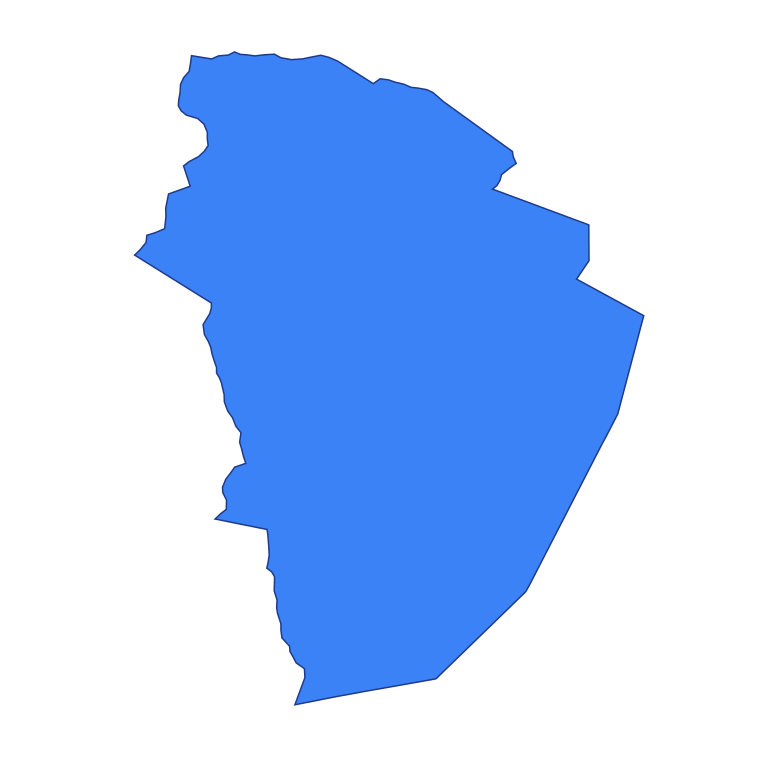 Taperoá, Paraíba, Brazil (Equal Earth projection), rotated 273°
{"feature_id": "56859067B95822508196580", "entity_name": "Taperoá", "entity_type": "district", "adm_level": 2, "iso_a3": "BRA", "parent_name": "Brazil", "parent_adm1": "Paraíba", "projection": "equal_earth", "projection_center": [-36.808, -7.22], "detail": "fine", "context": "isolated", "style": "filled", "palette": "blue", "viewbox_px": 768, "rotation_deg": 273, "n_neighbors": 0, "source": "geoboundaries", "source_scale": "gbopen_adm2", "svg_char_len": 1796}
<svg xmlns="http://www.w3.org/2000/svg" viewBox="0 0 768 768"><g transform="rotate(273 384 384)"><path d="M86.7,320.4L59.0,311.8L68.7,350.1L75.9,380.4L92.3,451.3L184.0,536.4L189.9,539.3L195.5,541.9L315.1,595.7L336.6,605.4L341.9,608.0L366.3,619.0L465.8,639.8L498.8,570.8L517.9,582.3L536.1,581.2L553.6,580.2L584.3,482.1L588.0,486.4L593.7,489.3L599.2,490.4L606.0,498.0L611.2,504.5L617.6,501.2L622.9,500.1L668.9,428.9L673.7,422.7L677.8,417.4L680.2,411.2L681.3,402.4L681.7,395.4L684.5,387.8L686.0,379.3L688.0,372.4L688.6,364.2L683.4,357.6L704.1,320.6L707.3,312.0L709.0,303.7L706.5,293.6L704.4,285.7L703.1,274.7L704.4,264.0L707.6,257.3L706.6,248.0L704.9,237.9L705.5,230.5L705.7,223.3L707.8,217.3L704.4,211.5L703.0,201.6L699.6,194.9L701.8,174.6L693.1,173.9L685.9,173.0L679.5,167.9L672.5,165.1L664.4,165.1L656.6,164.1L651.0,164.1L646.1,167.2L642.1,172.7L639.4,184.0L634.2,190.5L626.2,194.4L619.5,194.7L613.0,195.9L606.9,192.3L601.3,186.8L595.9,177.8L591.3,172.4L571.4,180.1L562.5,158.9L548.1,156.8L539.9,157.5L527.6,156.8L523.0,147.3L520.1,139.4L512.9,139.0L505.0,133.2L499.7,128.2L455.8,207.4L450.7,207.6L445.1,206.3L433.8,200.2L423.9,202.1L417.4,206.3L411.7,209.0L404.7,210.8L397.3,213.6L391.8,215.9L386.2,216.2L381.5,219.4L376.9,221.5L371.2,223.1L365.0,224.9L357.8,225.5L348.9,229.3L342.2,234.6L334.2,238.2L327.9,243.7L318.2,242.9L312.1,245.1L305.1,247.2L297.5,250.1L293.2,239.3L286.3,234.9L280.7,231.0L272.3,228.1L266.9,228.8L259.9,232.8L250.6,233.1L246.0,227.7L240.3,222.4L232.6,274.8L227.2,275.9L214.3,277.6L206.7,278.3L199.8,277.6L193.9,276.6L190.6,281.6L185.8,284.8L179.1,285.0L171.6,285.2L162.7,288.5L155.2,288.5L149.5,289.6L139.1,293.6L132.3,294.0L125.1,295.4L117.2,303.4L111.9,304.1L106.8,307.4L100.9,310.9L95.6,319.4L86.7,320.4Z" fill="#3b82f6" stroke="#1e3a8a" stroke-width="1.5"/></g></svg>